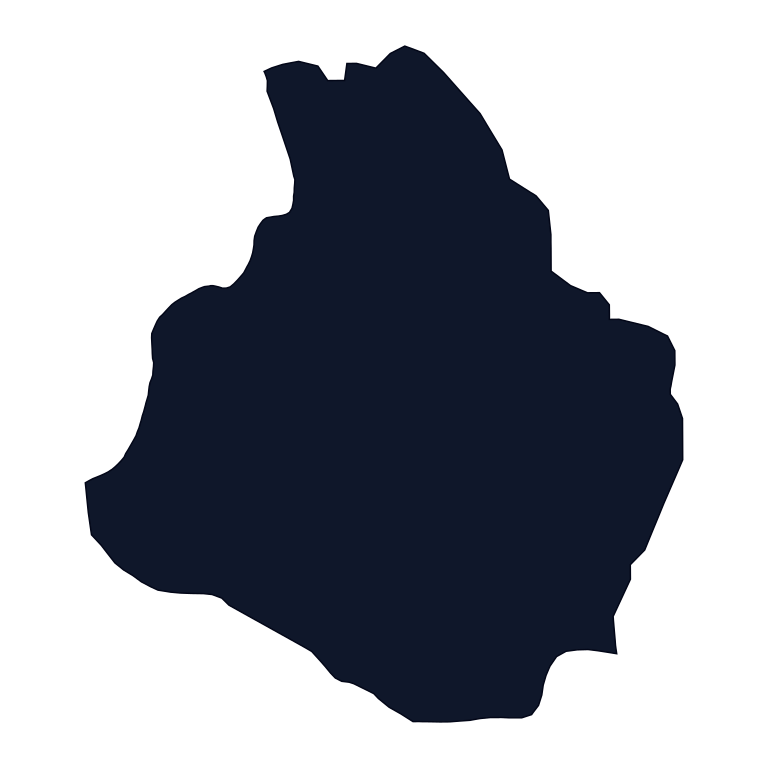 Sa'fan, Sana'a, Yemen
{"feature_id": "15242507B56189599867675", "entity_name": "Sa'fan", "entity_type": "district", "adm_level": 2, "iso_a3": "YEM", "parent_name": "Yemen", "parent_adm1": "Sana'a", "projection": "albers", "projection_center": [43.578, 15.072], "detail": "fine", "context": "isolated", "style": "filled", "palette": "ink", "viewbox_px": 768, "rotation_deg": 0, "n_neighbors": 0, "source": "geoboundaries", "source_scale": "gbopen_adm2", "svg_char_len": 3544}
<svg xmlns="http://www.w3.org/2000/svg" viewBox="0 0 768 768"><path d="M616.7,653.7L615.9,648.3L615.5,645.3L615.3,642.7L615.1,640.0L614.5,633.2L613.4,620.2L613.3,618.4L613.1,616.5L630.4,579.3L630.3,564.7L644.7,550.0L648.0,541.9L653.3,529.0L658.1,517.4L663.7,503.7L666.6,497.0L667.2,495.7L667.3,495.4L676.5,474.2L682.7,459.8L682.6,437.7L682.5,418.5L677.6,404.0L670.3,394.3L670.2,389.5L670.5,387.7L670.9,386.1L671.5,382.4L674.9,365.1L674.9,362.6L674.8,350.6L667.5,336.0L662.9,333.8L648.1,326.4L644.8,325.6L643.9,325.4L619.0,319.3L609.4,319.4L609.4,314.5L609.3,304.8L599.5,292.7L587.5,292.8L581.5,290.3L580.4,289.8L570.5,285.6L551.1,271.1L551.1,270.8L551.0,248.3L550.9,242.1L550.9,234.7L548.3,210.4L536.1,195.9L532.9,193.8L530.6,192.5L509.5,179.1L504.7,160.4L502.0,149.9L501.7,149.4L486.2,123.8L485.4,122.4L480.1,113.6L470.1,102.4L443.6,72.5L424.1,53.3L415.4,50.0L404.8,46.1L390.3,53.5L375.9,68.1L375.7,68.1L356.5,63.4L346.9,63.5L344.6,80.5L338.5,80.5L327.7,80.6L325.5,77.3L317.9,66.1L298.6,61.4L290.5,62.9L282.7,64.4L271.7,67.9L264.1,71.4L264.9,73.1L266.3,76.8L267.4,80.6L267.3,86.2L267.1,91.2L273.7,108.7L276.7,118.7L277.7,122.0L281.8,134.1L290.2,159.1L291.4,164.8L293.8,176.2L294.9,179.5L294.7,183.4L294.3,187.8L294.2,192.3L293.6,196.1L293.6,200.4L292.9,204.4L292.0,208.3L291.2,209.6L289.5,212.4L286.3,214.3L282.2,215.5L278.4,216.1L274.0,216.5L270.1,217.2L268.2,217.5L266.5,217.8L265.0,218.8L263.0,220.3L260.5,223.6L258.2,227.1L258.1,227.3L256.4,231.5L254.7,236.2L254.1,240.6L254.0,245.0L253.4,248.9L252.7,252.8L251.6,256.5L250.2,260.5L248.2,264.6L247.1,266.5L245.7,269.2L243.8,272.8L240.4,276.8L237.5,280.1L233.7,284.0L230.2,286.9L226.4,288.1L222.6,288.2L218.9,287.0L215.1,286.1L213.0,285.7L210.6,285.7L209.1,286.1L204.6,286.6L202.8,287.2L198.9,288.7L195.5,290.7L192.4,292.4L192.0,292.7L188.6,294.4L185.2,296.4L181.5,298.1L179.6,299.3L178.3,300.1L175.0,302.2L171.9,304.6L168.7,307.9L166.0,310.8L163.2,313.9L161.5,315.6L161.2,315.8L159.7,317.2L157.2,321.1L155.5,324.8L153.5,329.4L151.8,333.5L151.6,337.7L151.8,341.6L152.0,345.9L152.2,349.7L152.3,353.5L152.6,358.4L153.7,362.6L153.5,366.6L153.0,371.1L152.8,375.1L151.5,379.0L150.0,382.7L149.2,386.6L148.7,391.0L148.3,395.1L147.2,398.9L145.9,403.2L145.5,405.0L144.8,407.6L143.7,411.7L142.3,415.9L141.2,420.4L140.1,424.0L139.0,427.9L137.3,432.0L136.1,435.6L134.2,439.1L132.5,442.1L132.3,442.4L130.1,446.3L128.2,449.6L125.7,453.6L124.2,457.1L121.3,460.6L118.1,464.0L114.8,467.1L111.8,469.6L110.9,470.1L108.4,471.8L104.7,473.7L100.5,475.6L96.8,477.1L92.8,478.7L89.6,480.4L85.3,482.8L85.9,488.4L86.7,496.6L88.3,512.5L91.5,534.8L101.1,545.1L107.2,553.0L114.9,562.9L123.7,570.0L132.8,575.5L141.5,581.9L151.0,586.9L158.0,590.1L166.8,591.5L170.4,592.1L180.3,593.0L191.4,593.4L203.5,593.6L212.1,594.5L221.8,598.1L229.0,605.2L299.1,644.2L306.2,648.2L311.8,651.5L315.5,655.6L319.4,659.9L325.2,666.5L330.7,673.2L335.3,678.0L341.7,681.3L349.2,682.2L353.8,683.7L362.3,687.9L373.8,693.6L378.4,698.5L389.2,707.3L400.9,713.9L413.0,721.6L419.5,721.5L420.2,721.6L429.6,721.7L440.0,721.9L440.8,721.9L449.8,721.8L460.0,721.0L470.0,720.3L474.9,719.4L480.1,718.5L482.2,718.3L483.1,718.2L484.4,718.1L490.5,717.5L494.2,717.5L498.8,717.5L500.8,717.4L509.4,717.8L511.1,717.8L513.3,717.8L521.7,717.8L522.7,717.5L524.5,716.9L531.6,714.6L533.3,712.2L538.5,705.4L541.8,695.0L543.2,685.1L546.0,675.5L548.8,668.8L550.0,666.1L554.4,659.7L556.0,657.4L556.5,656.6L566.0,651.3L567.2,651.1L568.2,651.0L577.3,649.8L587.9,649.5L589.7,649.7L597.8,650.7L608.1,652.3L616.7,653.7Z" fill="#0f172a" stroke="#020617" stroke-width="1.5"/></svg>